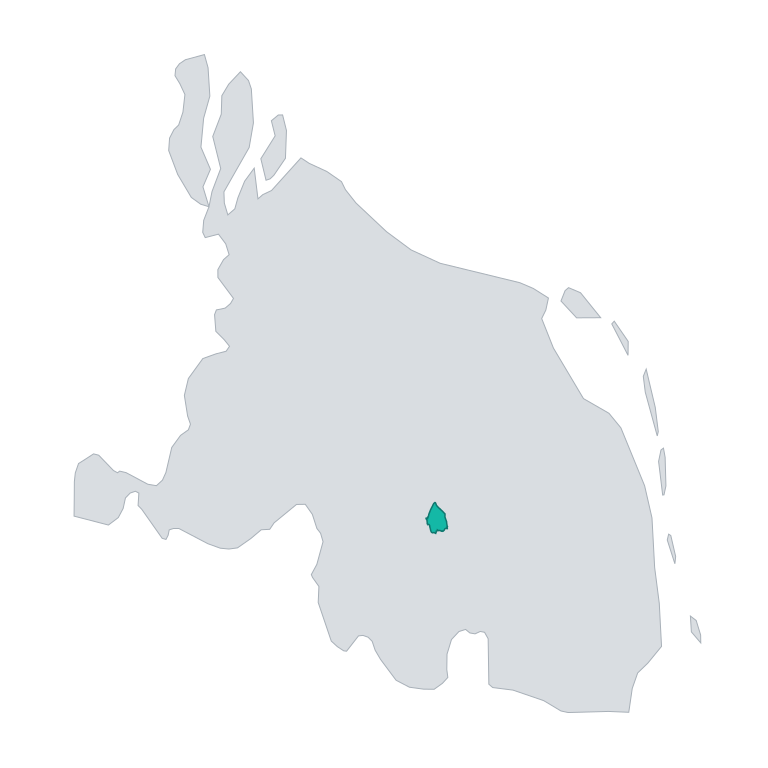 location of Heerde, Gelderland, Netherlands, rotated 89°
{"feature_id": "6326949B25079542820913", "entity_name": "Heerde", "entity_type": "district", "adm_level": 2, "iso_a3": "NLD", "parent_name": "Netherlands", "parent_adm1": "Gelderland", "projection": "equal_earth", "projection_center": [6.06, 52.406], "detail": "fine", "context": "in_parent", "style": "filled", "palette": "teal", "viewbox_px": 768, "rotation_deg": 89, "n_neighbors": 0, "source": "geoboundaries", "source_scale": "gbopen_adm2", "svg_char_len": 6156}
<svg xmlns="http://www.w3.org/2000/svg" viewBox="0 0 768 768"><g transform="rotate(89 384 384)"><path d="M510.7,696.2L492.9,695.7L476.3,695.3L467.5,694.2L458.2,690.8L454.0,683.9L448.8,675.6L450.2,670.5L465.8,656.0L468.1,652.0L466.5,649.8L468.1,643.5L480.1,621.9L481.7,613.3L476.3,607.2L468.7,603.6L443.7,597.3L431.8,588.3L426.4,580.4L420.8,578.2L412.6,580.9L391.9,583.8L375.1,579.5L355.4,564.7L350.9,551.4L348.5,541.3L343.6,537.8L336.9,543.0L328.4,551.2L311.7,552.2L307.0,550.3L306.2,545.7L305.3,541.4L300.8,536.0L295.8,533.0L274.6,548.2L266.7,548.1L256.9,542.3L252.0,536.6L241.1,539.8L231.3,546.9L234.5,560.2L229.2,562.6L217.2,561.4L203.7,555.9L188.6,552.6L165.7,543.5L133.5,550.9L111.4,542.0L92.9,541.1L81.5,534.0L69.3,522.1L78.2,514.2L86.7,511.5L120.6,510.0L145.2,514.7L189.1,540.7L200.3,540.5L212.2,537.2L206.3,530.1L195.2,526.8L178.8,519.8L165.9,510.0L196.7,506.8L192.5,501.8L188.6,493.1L156.5,463.1L162.1,454.9L170.5,437.5L180.9,423.0L189.0,419.2L202.5,408.9L231.7,378.9L250.4,354.6L264.3,325.7L285.1,246.4L291.1,233.0L300.9,218.1L312.9,220.9L321.3,225.2L351.0,214.0L402.1,184.8L417.2,159.6L432.0,147.9L490.3,125.2L522.6,118.4L572.2,116.6L608.1,112.6L651.2,111.1L667.7,125.1L677.3,135.4L692.7,141.1L716.5,145.0L715.3,165.4L715.7,205.6L714.0,212.8L703.4,229.8L692.3,260.4L689.4,280.6L686.0,284.4L640.5,284.3L634.0,287.8L633.1,292.1L635.4,297.3L634.4,302.5L630.8,306.7L632.8,313.4L640.7,321.0L655.2,325.7L670.6,326.2L678.5,325.3L684.3,330.8L690.1,339.2L689.8,349.7L687.6,363.9L680.4,377.1L659.4,392.2L650.0,397.5L641.1,400.3L636.9,404.3L635.0,409.4L635.4,413.9L650.5,426.1L650.1,428.9L645.8,435.2L640.1,441.2L601.3,453.6L585.3,452.6L576.2,458.8L573.3,460.0L563.2,454.3L540.6,447.7L532.1,450.0L527.3,453.6L513.1,457.9L502.9,464.8L502.9,473.6L520.9,496.3L527.3,500.8L527.6,509.3L536.3,520.0L545.3,533.4L546.3,542.0L545.3,550.6L540.6,562.9L524.9,591.6L524.8,597.1L526.1,601.3L531.5,602.5L535.6,604.7L534.4,608.5L504.9,628.5L501.2,632.0L488.8,631.0L486.9,634.4L488.6,639.7L493.4,644.5L503.9,647.0L512.9,652.0L520.2,662.0L510.7,696.2ZM203.7,555.9L201.0,564.2L194.1,573.4L170.9,586.6L146.8,595.2L134.4,594.1L126.0,589.6L121.5,584.8L108.7,580.3L91.1,578.0L80.1,582.9L72.1,587.6L65.3,586.8L60.2,582.9L56.3,576.9L51.5,557.8L64.7,554.4L93.1,553.1L115.1,559.7L144.0,562.9L166.3,553.8L183.7,561.6L203.7,555.9ZM156.6,478.6L173.4,490.5L176.9,494.3L178.2,498.4L156.6,503.2L134.0,488.5L118.8,492.0L113.2,485.0L113.2,480.7L128.9,477.1L156.6,478.6ZM321.2,190.3L304.1,205.6L293.8,201.3L290.9,197.8L296.2,185.9L321.5,166.2L321.2,190.3ZM396.8,122.9L380.9,124.6L373.7,121.6L412.1,113.2L436.4,110.6L440.7,111.7L396.8,122.9ZM499.9,107.3L466.2,110.8L454.8,108.2L453.0,105.7L462.2,104.2L490.8,103.9L499.7,106.0L499.9,107.3ZM359.6,139.5L327.9,155.2L325.2,152.7L345.7,139.1L359.6,139.5ZM637.2,81.0L621.4,81.7L625.9,76.0L640.5,71.8L648.4,71.8L637.2,81.0ZM568.8,96.3L544.9,103.5L539.1,102.0L540.5,99.9L561.6,95.4L568.8,96.3Z" fill="#d9dde1" stroke="#a8b0b8" stroke-width="1"/><path d="M529.7,323.2L529.4,323.2L529.2,323.2L528.7,323.4L528.6,323.5L528.2,323.7L527.9,323.3L527.9,323.1L527.7,323.0L527.4,323.2L527.1,323.3L526.1,323.5L525.9,323.5L525.4,323.6L525.0,323.7L524.7,323.7L524.2,323.7L523.7,323.8L522.8,323.8L522.0,324.1L519.9,324.8L519.5,324.9L518.4,325.3L518.0,325.4L515.8,325.3L515.5,325.3L514.9,325.3L514.6,325.6L514.4,325.8L514.1,326.1L513.4,326.7L513.2,326.9L513.0,327.1L512.7,327.3L511.7,328.3L511.4,328.7L511.3,328.8L511.2,328.9L511.1,329.0L510.8,329.2L510.6,329.5L510.3,329.8L510.1,329.9L509.8,330.2L509.7,330.3L509.7,330.5L509.4,330.8L509.2,331.0L508.9,331.2L508.8,331.3L508.6,331.6L508.3,331.8L508.1,332.0L507.8,332.4L507.6,332.5L507.4,332.7L507.3,332.8L507.1,332.9L506.8,333.2L506.3,333.6L506.1,333.7L505.9,333.8L504.9,334.1L504.7,334.2L504.4,334.3L504.2,334.4L503.9,334.5L503.6,334.7L503.5,334.8L503.4,335.2L504.4,336.4L504.5,336.4L505.3,336.9L506.1,337.3L507.2,337.8L507.8,338.2L508.1,338.3L508.6,338.6L508.8,338.7L508.9,338.8L509.2,338.9L509.7,339.2L509.8,339.2L510.4,339.5L510.5,339.6L511.5,340.0L511.8,340.1L512.5,340.4L513.2,340.7L513.4,340.8L513.5,340.8L513.8,341.0L514.1,341.1L514.3,341.1L514.5,341.2L514.7,341.3L514.8,341.4L517.0,341.9L517.3,342.0L517.8,342.2L517.7,342.4L517.7,342.5L517.9,342.7L518.0,342.8L518.4,343.1L518.5,343.0L518.8,342.9L519.2,342.8L519.2,343.0L519.1,343.4L519.1,343.5L519.0,343.9L519.0,344.0L519.0,344.3L519.3,344.3L519.4,344.2L519.5,344.2L519.8,344.1L520.0,344.0L520.1,343.9L520.3,343.8L520.4,343.7L520.5,343.6L520.8,343.5L520.8,343.4L521.0,343.3L521.4,343.3L521.8,343.3L522.2,343.3L522.5,343.3L522.7,343.2L522.8,343.2L523.0,343.2L523.4,343.2L523.6,343.2L523.9,343.2L524.5,343.2L524.6,342.9L525.1,342.7L525.3,342.6L525.2,342.5L525.2,342.4L525.2,342.2L525.2,341.9L525.3,341.7L525.4,341.4L525.5,341.3L525.6,341.2L525.8,341.1L526.1,340.9L526.3,340.9L526.5,340.8L526.9,340.8L527.0,340.8L527.4,340.7L527.5,340.7L527.9,340.6L528.0,340.6L528.8,340.4L529.2,340.3L529.5,340.2L530.2,340.1L530.7,340.0L530.9,339.9L531.2,339.9L531.5,339.8L531.7,339.7L532.0,339.6L532.3,339.5L532.5,339.4L532.9,339.2L533.0,339.1L533.2,338.8L533.3,338.7L533.5,338.4L533.6,338.2L533.6,337.8L533.6,337.7L533.5,337.2L533.4,337.0L533.4,336.8L533.4,336.7L533.4,336.4L533.5,336.2L533.9,335.6L534.0,335.5L534.1,335.4L534.2,335.2L534.3,335.0L534.3,334.9L534.2,334.9L533.8,335.0L533.7,334.9L533.4,334.8L533.4,334.7L533.2,334.6L533.1,334.4L532.9,334.4L532.7,334.4L532.4,334.3L532.2,334.3L532.2,334.2L532.3,334.2L532.2,334.2L532.0,333.9L531.9,333.9L531.8,333.7L531.7,333.5L531.7,333.4L531.4,333.3L530.9,333.2L531.0,333.1L531.0,332.9L531.1,332.7L531.3,332.4L531.4,332.2L531.5,332.1L531.5,331.9L531.6,331.7L531.4,331.2L531.4,330.8L531.4,330.7L531.5,330.6L531.5,330.4L531.6,330.1L531.8,329.8L531.9,329.7L532.0,329.6L532.2,329.2L532.2,328.9L532.2,328.7L531.9,328.5L531.9,328.4L532.0,328.3L532.0,328.1L532.3,327.8L532.2,327.5L532.1,327.4L531.9,327.1L531.6,326.8L531.5,326.7L531.3,326.5L531.2,326.4L531.0,326.2L530.9,326.2L530.6,326.1L530.3,325.9L530.1,325.8L529.9,325.7L529.7,325.5L529.7,325.4L529.6,325.2L529.4,324.8L529.4,324.7L529.4,324.4L529.5,324.3L529.5,324.1L529.6,323.9L529.7,323.7L529.7,323.4L529.7,323.2Z" fill="#14b8a6" stroke="#0f766e" stroke-width="1.5"/></g></svg>